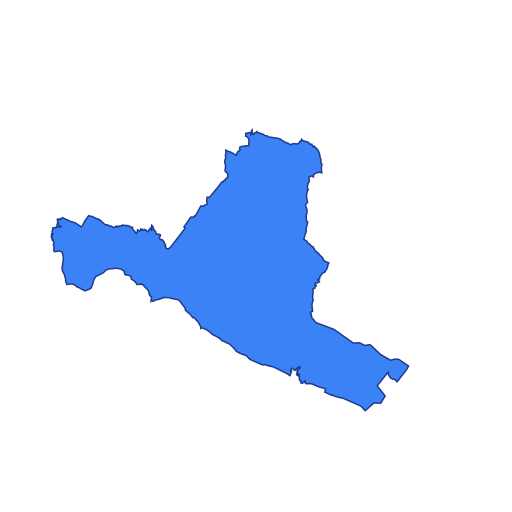 the district of Gura Vitioarei, Prahova, Romania, rotated 302°
{"feature_id": "2599482B61125475068654", "entity_name": "Gura Vitioarei", "entity_type": "district", "adm_level": 2, "iso_a3": "ROU", "parent_name": "Romania", "parent_adm1": "Prahova", "projection": "orthographic", "projection_center": [26.028, 45.151], "detail": "fine", "context": "isolated", "style": "filled", "palette": "blue", "viewbox_px": 512, "rotation_deg": 302, "n_neighbors": 0, "source": "geoboundaries", "source_scale": "gbopen_adm2", "svg_char_len": 6107}
<svg xmlns="http://www.w3.org/2000/svg" viewBox="0 0 512 512"><g transform="rotate(302 256 256)"><path d="M239.3,443.9L243.5,443.7L244.0,431.7L242.1,428.4L238.9,425.3L238.5,413.5L241.2,400.7L240.8,399.0L237.8,395.8L237.3,389.8L233.7,384.6L235.1,361.1L231.3,342.1L233.4,335.8L236.0,333.6L237.0,331.9L239.1,333.3L243.8,329.6L246.5,328.4L249.0,327.9L250.5,326.1L256.5,323.0L257.9,321.6L260.2,323.0L262.1,321.9L262.7,322.9L263.1,322.5L263.5,320.9L264.4,320.7L265.2,321.2L265.5,322.2L267.8,323.5L268.1,323.3L268.4,320.9L268.6,320.8L269.6,321.7L271.0,321.9L271.3,321.3L273.5,321.2L277.4,321.7L278.6,322.8L282.7,322.9L285.7,322.2L286.6,321.5L288.7,321.5L287.9,316.3L289.2,314.5L290.2,311.9L290.4,310.4L291.5,306.9L291.8,303.5L294.0,299.6L293.7,297.6L294.5,295.6L294.4,293.2L295.5,291.3L295.4,287.7L300.7,286.1L303.4,285.7L305.2,284.2L312.3,281.8L312.4,280.8L313.2,279.6L316.7,277.3L319.1,276.5L322.1,274.9L324.9,271.4L326.7,270.8L328.7,271.3L331.1,269.3L332.1,268.0L333.8,267.2L334.6,266.3L336.0,266.0L337.3,265.3L340.2,265.1L340.7,263.8L341.9,262.8L343.4,262.4L344.3,261.7L347.0,261.8L351.3,259.1L353.3,260.7L353.6,261.2L353.3,262.0L353.6,262.8L354.5,262.0L356.5,262.1L358.6,263.1L359.6,264.6L360.2,264.6L360.7,265.2L361.3,267.7L365.4,264.7L368.7,263.3L370.1,261.0L371.8,260.4L373.1,258.6L376.4,255.6L378.1,253.4L379.2,250.8L379.9,247.0L379.1,247.2L378.9,246.7L379.4,245.3L380.4,244.0L379.3,242.5L380.2,240.5L378.7,234.7L379.1,232.8L376.9,233.5L376.4,232.5L374.7,232.7L373.0,231.8L371.1,228.2L369.0,226.5L368.5,225.6L368.6,223.2L368.1,221.8L367.9,219.9L367.9,215.4L368.1,214.8L367.4,212.1L363.5,203.3L363.9,202.1L362.7,199.6L363.0,198.4L362.9,197.2L361.9,192.9L361.4,192.2L362.1,190.9L360.2,190.4L359.9,189.8L359.2,189.4L358.5,189.7L357.7,189.6L357.1,188.2L357.6,187.8L358.0,188.1L358.4,187.5L360.8,185.9L359.8,185.8L357.9,187.1L356.6,187.2L357.5,186.4L357.2,185.7L357.5,185.3L354.5,182.3L352.8,183.6L352.2,183.6L352.4,185.0L352.2,186.1L351.0,188.4L345.8,191.3L341.3,185.7L339.6,184.6L338.5,185.1L337.2,186.5L335.1,185.3L332.7,185.4L331.0,185.9L330.7,179.4L330.1,177.5L329.7,174.3L328.9,175.1L324.6,177.0L324.4,177.8L323.9,178.1L320.8,178.8L318.7,180.0L317.7,181.2L315.7,182.8L311.9,184.5L311.4,185.2L311.1,187.3L310.4,188.8L307.6,190.3L305.1,189.3L303.6,189.8L303.3,188.9L301.2,188.8L301.1,188.1L300.7,187.8L293.2,187.1L280.8,185.4L280.6,184.1L280.0,183.4L276.9,184.7L274.2,187.1L269.8,184.3L269.6,183.2L269.0,182.7L258.3,183.4L257.8,182.8L255.5,182.3L255.1,181.0L254.4,180.1L242.5,179.5L242.2,181.2L218.4,178.9L215.8,178.0L214.8,176.3L215.0,175.3L215.6,174.6L216.3,174.5L216.3,173.6L217.6,173.2L217.9,173.0L217.8,172.2L218.9,170.6L219.3,170.5L219.4,169.6L219.9,168.9L220.1,168.0L219.4,167.0L219.7,166.5L219.4,165.5L219.6,164.9L220.5,164.2L222.2,164.3L223.3,163.6L222.6,161.1L222.0,160.6L221.7,159.4L223.4,158.2L224.4,155.3L226.4,152.6L226.8,151.3L224.4,152.3L222.2,154.5L223.3,151.6L219.1,151.2L219.7,148.0L219.5,147.5L218.6,147.2L217.9,146.4L218.5,145.7L217.9,145.4L217.8,144.0L216.4,144.5L215.7,144.4L215.4,141.7L213.7,142.5L211.8,142.6L213.3,137.5L213.9,136.6L215.0,136.0L214.0,134.5L214.3,132.9L213.9,132.2L213.9,131.5L213.2,129.6L212.2,128.9L212.0,127.1L211.4,126.7L211.2,126.1L210.4,126.2L209.2,124.4L207.8,123.8L208.0,122.8L206.8,122.3L207.1,121.7L207.0,121.3L205.8,121.1L204.7,120.1L204.5,118.7L204.8,117.9L204.1,116.8L203.7,113.6L202.6,111.2L203.8,104.9L203.8,102.4L203.2,101.6L202.7,95.8L202.1,94.9L201.5,92.7L195.2,92.3L189.7,92.7L188.2,92.4L188.3,84.7L186.9,80.1L186.7,76.8L186.2,75.3L186.2,72.3L185.0,70.9L182.9,70.8L183.4,69.9L182.0,68.1L181.5,68.2L181.3,68.7L180.4,69.1L180.2,69.9L177.0,70.7L178.0,71.1L177.6,71.2L177.7,71.9L177.0,72.6L177.5,74.4L178.0,74.8L177.5,75.1L176.2,73.4L175.5,71.9L174.7,71.3L174.0,71.5L173.5,70.3L172.3,69.7L172.4,69.1L172.0,68.7L171.7,69.2L168.6,70.2L167.8,71.2L166.8,70.9L165.6,71.4L166.4,71.6L166.7,72.1L165.1,72.0L163.3,72.8L163.3,73.1L164.4,73.1L162.1,74.3L162.4,74.7L161.6,75.1L161.9,75.4L161.4,75.4L161.3,76.4L160.2,77.5L158.1,78.2L156.3,80.3L153.9,81.2L152.9,82.7L153.9,84.1L156.0,86.3L156.5,89.6L153.7,92.5L150.8,94.6L143.7,97.6L141.5,99.0L139.9,101.1L138.8,103.3L134.9,107.3L133.9,107.7L131.6,110.7L134.3,113.9L135.2,116.0L135.4,118.4L134.9,120.1L135.5,123.7L135.4,125.7L135.8,127.2L135.6,128.9L136.0,129.5L139.9,132.5L141.6,133.1L145.7,132.4L148.2,131.5L152.3,130.9L153.7,131.1L160.9,135.4L164.6,136.3L166.9,137.9L171.8,144.4L173.3,148.3L173.4,152.6L172.5,152.8L170.9,154.5L171.0,156.1L171.9,157.2L172.4,160.2L172.2,160.9L171.0,161.8L170.3,162.9L170.4,165.6L169.7,168.4L168.7,170.1L170.9,173.2L171.7,173.6L171.8,173.9L171.4,174.5L171.8,175.5L170.9,177.9L170.3,180.9L169.7,182.8L168.4,184.7L167.4,185.0L167.1,186.2L166.1,186.8L166.0,189.1L162.4,190.8L163.3,190.9L162.6,192.0L164.6,193.9L165.7,194.2L168.2,197.1L170.3,198.4L171.2,199.6L171.9,199.6L174.6,204.4L175.2,206.9L177.1,211.5L177.7,214.4L174.1,224.0L173.1,224.3L172.4,225.7L171.7,231.0L170.2,235.2L171.0,235.9L169.2,242.3L166.7,246.6L165.4,247.5L166.0,247.8L166.8,249.6L167.3,254.1L166.8,258.6L166.3,260.4L166.9,265.8L166.8,267.4L167.1,267.6L166.2,271.9L167.3,280.6L166.0,286.6L164.7,289.8L165.0,294.1L166.4,300.8L165.3,304.4L165.6,305.4L165.1,305.7L166.9,318.3L167.7,320.1L168.8,321.6L169.1,323.5L171.2,329.7L172.7,345.1L172.4,348.1L173.5,348.1L177.5,347.0L177.4,346.7L176.6,346.8L177.0,346.1L179.6,345.9L180.2,346.7L179.6,348.7L179.7,349.7L183.0,350.3L183.9,351.0L184.7,350.9L185.2,352.3L183.7,352.7L181.8,351.5L180.0,351.8L179.9,352.6L178.2,352.7L178.1,353.3L176.8,353.4L176.8,355.5L178.0,355.3L178.3,354.4L178.7,354.7L178.6,355.3L177.2,356.0L177.0,356.7L175.6,357.1L175.1,358.1L174.0,358.3L173.6,359.1L173.9,360.3L172.3,361.0L172.2,361.5L172.5,362.8L175.9,363.6L175.9,364.0L174.7,364.2L174.8,365.1L174.2,365.6L174.5,366.7L175.3,367.6L175.9,369.0L176.5,369.2L177.4,372.5L178.4,379.2L179.7,383.0L180.0,385.5L177.0,386.5L178.1,394.5L178.7,394.4L179.0,397.9L181.6,405.8L184.1,422.9L184.3,424.5L182.7,430.6L193.9,433.9L197.3,439.8L205.7,439.7L210.2,427.6L227.3,429.5L225.2,431.7L223.9,434.7L224.0,437.0L224.8,438.9L224.1,442.3L239.3,443.9Z" fill="#3b82f6" stroke="#1e3a8a" stroke-width="1.5"/></g></svg>